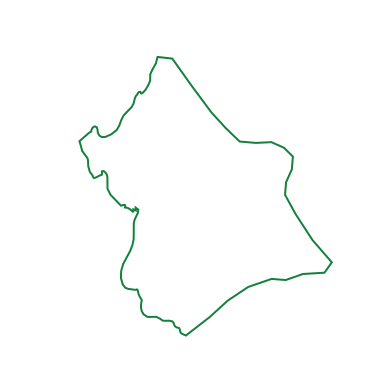 the border of Kirklareli, rotated 241°
{"feature_id": "TUR-2241", "entity_name": "Kirklareli", "entity_type": "Province", "adm_level": 1, "iso_a3": "TUR", "parent_name": "Turkey", "parent_adm1": "", "projection": "orthographic", "projection_center": [27.563, 41.681], "detail": "fine", "context": "isolated", "style": "outline", "palette": "green", "viewbox_px": 384, "rotation_deg": 241, "n_neighbors": 0, "source": "natural_earth", "source_scale": "10m", "svg_char_len": 1814}
<svg xmlns="http://www.w3.org/2000/svg" viewBox="0 0 384 384"><g transform="rotate(241 192 192)"><path d="M144.8,86.6L151.4,88.2L157.3,91.8L162.4,96.9L170.4,109.3L174.5,114.2L179.0,118.1L192.8,125.9L195.6,128.4L200.1,134.7L202.6,136.5L205.6,135.2L203.0,134.0L203.5,133.5L204.7,132.9L205.3,132.3L204.7,132.0L204.2,131.6L203.6,131.3L203.4,130.7L207.4,129.2L209.3,128.0L210.9,125.9L212.3,127.0L213.3,127.0L213.9,125.8L214.4,123.3L229.0,119.4L235.9,119.7L245.8,125.1L248.3,125.9L250.8,125.8L253.1,124.9L253.7,123.3L250.8,121.5L251.2,119.0L251.2,115.6L251.7,113.1L252.5,112.8L253.2,112.7L254.0,112.8L254.7,113.1L258.3,112.5L260.0,112.6L264.7,113.7L269.7,116.2L272.2,117.0L281.4,115.8L284.2,116.7L291.0,118.2L293.6,130.3L293.7,133.1L294.6,133.7L295.9,135.3L296.7,137.3L296.4,139.0L294.7,140.1L292.7,139.7L289.2,138.3L286.1,138.4L283.7,139.8L282.1,143.2L281.6,149.5L282.7,156.2L285.5,160.8L289.0,164.7L292.1,169.3L295.7,180.7L297.9,184.0L301.4,187.2L303.0,189.1L303.9,191.7L304.4,192.1L304.9,192.9L305.1,194.4L304.6,195.4L303.6,195.3L302.7,195.4L302.6,197.0L304.0,201.0L306.6,205.5L309.7,209.4L315.1,212.5L317.9,216.2L322.0,222.8L326.8,227.3L318.2,239.5L317.9,239.5L284.7,243.2L252.0,247.6L231.4,252.5L213.0,258.2L204.0,271.6L197.1,285.6L186.1,293.9L174.0,297.4L163.4,290.3L154.9,279.0L144.4,272.0L122.3,271.9L91.4,274.1L62.7,280.2L57.2,268.7L66.5,249.3L69.6,231.2L77.4,219.5L81.7,195.2L79.7,170.8L74.0,146.6L69.5,117.4L69.4,117.2L71.7,115.3L73.8,114.0L75.8,114.0L77.6,114.7L79.3,114.7L81.3,112.7L83.3,111.9L86.8,112.5L88.5,112.0L90.6,109.5L92.1,106.5L93.8,103.9L96.4,102.8L100.1,100.3L104.3,92.5L108.8,90.2L109.1,90.3L112.4,90.3L115.8,91.4L118.9,93.3L121.8,95.7L123.9,95.5L128.1,95.7L132.7,96.9L133.5,96.6L133.6,95.7L134.1,94.7L138.3,89.1L140.7,87.2L144.8,86.6Z" fill="none" stroke="#15803d" stroke-width="2"/></g></svg>